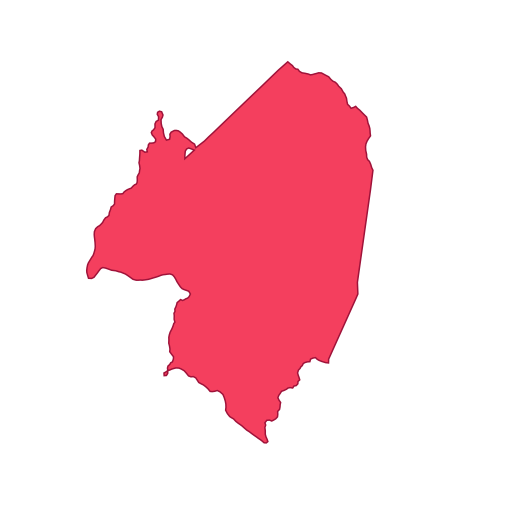 the district of Verdelândia, Minas Gerais, Brazil, rotated 334°
{"feature_id": "56859067B9302014521785", "entity_name": "Verdelândia", "entity_type": "district", "adm_level": 2, "iso_a3": "BRA", "parent_name": "Brazil", "parent_adm1": "Minas Gerais", "projection": "equal_earth", "projection_center": [-43.704, -15.563], "detail": "fine", "context": "isolated", "style": "filled", "palette": "rose", "viewbox_px": 512, "rotation_deg": 334, "n_neighbors": 0, "source": "geoboundaries", "source_scale": "gbopen_adm2", "svg_char_len": 4754}
<svg xmlns="http://www.w3.org/2000/svg" viewBox="0 0 512 512"><g transform="rotate(334 256 256)"><path d="M95.7,202.6L98.4,204.1L101.1,204.1L103.5,202.9L106.0,201.7L108.4,200.4L110.9,199.2L113.2,199.2L115.4,200.8L117.8,203.2L120.0,205.5L123.5,207.8L125.9,210.1L127.4,211.2L128.8,212.8L130.7,214.9L132.2,217.4L133.4,219.6L135.2,223.0L137.7,225.2L139.5,226.1L141.5,226.9L143.2,227.9L145.8,228.8L149.0,229.8L151.2,230.2L153.8,230.6L156.7,231.1L159.5,231.5L162.3,231.7L164.3,232.1L166.5,232.9L168.2,233.4L170.8,234.4L172.7,236.3L173.4,238.6L173.7,241.6L173.7,244.3L174.0,247.0L174.5,250.6L175.3,253.0L176.7,254.7L178.4,256.4L180.1,258.2L180.4,261.4L177.9,263.3L176.0,263.9L174.3,263.7L172.4,263.9L170.5,263.8L169.1,262.1L166.8,262.8L164.7,263.3L163.2,265.1L161.7,266.6L159.8,268.1L158.9,270.3L157.2,271.5L156.3,273.9L154.7,277.0L154.1,279.9L152.5,280.7L151.0,282.3L149.2,284.0L147.7,285.2L145.5,286.8L143.5,288.9L142.0,290.9L140.8,293.5L139.4,296.1L138.8,298.9L137.9,301.9L136.5,304.2L137.1,307.5L137.7,310.4L136.5,312.5L134.5,314.5L132.5,314.6L130.9,315.7L128.7,316.3L127.3,317.9L126.5,320.3L128.5,320.7L130.5,320.7L132.5,321.0L135.0,321.5L137.7,323.0L139.4,325.0L141.2,327.7L142.0,330.6L142.8,334.2L144.6,336.1L146.8,336.9L148.4,339.1L148.8,341.9L149.1,344.6L150.5,346.6L152.2,348.8L153.5,351.4L154.6,354.2L155.4,357.6L157.2,358.7L159.7,359.5L162.2,359.9L164.1,362.3L165.6,365.9L165.4,369.3L164.8,373.0L164.0,375.9L162.7,378.8L161.1,381.3L161.2,385.1L162.0,388.8L163.2,390.8L164.4,392.5L165.4,395.8L166.7,398.5L167.9,400.6L169.0,402.7L170.2,405.7L171.4,408.5L172.9,410.9L174.4,413.9L175.9,416.7L177.1,418.8L178.1,420.8L179.3,422.8L180.3,424.8L181.4,427.4L183.3,428.5L185.3,428.0L185.6,425.7L185.7,422.8L186.2,420.3L187.8,417.0L188.8,414.0L190.6,412.2L190.9,409.8L193.7,408.4L196.2,409.4L197.8,411.2L199.7,411.2L202.3,411.0L204.8,410.0L206.2,407.8L207.3,405.2L209.9,404.2L211.4,402.2L212.6,400.1L213.9,398.5L213.5,395.7L213.5,393.0L215.3,391.3L217.3,390.2L219.6,388.8L222.3,389.1L225.1,389.1L226.9,388.7L228.9,389.2L231.1,390.7L233.2,389.5L235.3,390.1L237.6,389.2L238.7,387.2L241.0,386.5L241.4,384.1L241.7,381.5L242.1,379.3L244.2,377.1L246.2,376.4L247.7,375.3L249.5,374.8L251.3,373.4L253.1,373.2L255.6,373.6L258.1,374.6L259.8,372.6L262.4,372.7L264.9,373.4L265.7,375.6L266.9,377.4L268.8,379.5L270.5,381.1L271.9,382.4L274.3,383.9L276.1,380.5L327.3,337.9L330.9,334.8L335.6,324.1L387.9,246.7L398.7,230.2L398.7,227.4L399.3,223.7L399.4,220.6L398.6,218.4L398.8,215.7L400.0,213.0L400.9,209.2L402.3,205.9L403.9,203.5L406.1,201.5L408.7,199.8L411.6,198.2L412.5,195.5L413.4,193.4L414.2,191.2L414.7,188.6L414.9,185.7L415.7,182.7L416.3,179.6L415.3,176.8L414.3,173.9L413.2,170.5L411.9,167.7L411.2,165.2L409.0,165.3L406.2,164.9L405.7,162.2L404.8,159.8L405.5,156.9L406.5,153.8L406.6,151.4L406.8,149.2L406.2,146.8L406.0,143.1L404.7,139.6L404.4,137.3L403.5,134.7L401.7,132.5L400.7,130.1L399.9,126.8L397.8,124.0L396.3,121.9L395.1,120.2L392.6,118.8L390.1,118.4L388.3,118.0L386.5,117.7L384.4,117.1L382.8,115.4L380.3,113.4L377.6,111.5L376.0,109.1L375.5,106.5L373.8,105.4L372.6,103.1L372.2,100.8L370.9,98.2L369.7,95.4L357.7,98.7L335.8,105.8L329.2,107.9L302.6,116.4L271.9,126.3L265.6,128.2L262.7,129.2L260.0,130.1L249.4,132.3L249.8,128.5L247.9,125.4L246.5,121.9L245.4,119.7L244.0,117.6L243.3,114.1L242.1,111.2L241.0,109.4L239.4,108.2L237.7,107.4L234.0,107.5L232.0,108.8L231.1,111.1L229.5,113.2L226.3,112.6L226.0,108.5L226.8,104.8L228.1,101.4L228.1,98.4L228.9,95.3L230.4,91.8L232.7,90.2L234.2,88.5L234.4,85.0L232.7,83.5L230.6,83.7L229.4,85.3L229.5,88.1L227.9,91.1L225.2,91.3L223.1,93.0L221.5,96.4L219.2,97.7L217.5,98.0L216.0,99.2L215.8,101.8L216.5,104.0L217.1,107.0L215.8,109.2L213.7,109.5L211.7,108.8L209.8,107.9L208.0,108.9L206.8,110.8L204.6,112.3L204.0,114.7L201.6,114.0L199.8,110.8L197.9,110.3L196.4,113.3L194.4,116.7L193.0,119.2L191.7,120.9L191.1,123.5L190.1,126.5L188.8,128.2L187.5,130.2L185.6,131.4L183.9,132.8L182.6,135.7L181.4,137.8L179.9,138.9L178.0,138.8L175.8,139.4L173.7,140.3L171.5,140.1L169.4,140.0L167.6,140.2L165.6,140.6L163.6,141.6L161.8,141.0L159.8,140.0L157.8,138.9L155.8,140.0L154.3,142.4L153.0,144.6L151.6,147.3L149.6,148.2L147.3,148.5L145.6,150.5L143.4,152.5L141.6,155.1L139.6,155.7L137.5,155.7L135.0,157.0L132.9,158.6L131.2,159.3L128.9,160.1L126.5,160.3L123.9,161.1L121.4,163.3L120.0,165.8L119.2,167.8L118.4,170.2L117.2,173.5L115.8,176.8L114.6,178.9L113.3,180.5L111.4,182.6L109.7,184.2L108.1,185.0L106.4,186.1L104.7,187.2L102.5,188.6L100.9,190.0L99.1,192.3L97.5,194.8L96.7,196.8L96.2,199.5L95.7,202.6ZM247.0,133.8L234.7,137.4L235.8,135.1L236.9,133.2L238.4,130.8L240.5,129.4L242.9,129.4L245.0,131.6L247.0,133.8ZM126.5,320.3L124.3,320.7L122.0,320.8L121.0,323.3L123.1,324.1L125.2,322.8L126.5,320.3Z" fill="#f43f5e" stroke="#9f1239" stroke-width="1.5"/></g></svg>